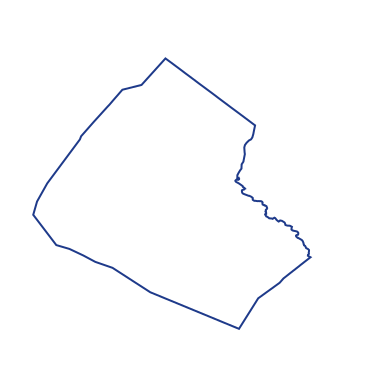 San Sebastián Teitipac, Oaxaca, Mexico (Equal Earth projection), rotated 296°
{"feature_id": "50627088B95051750999200", "entity_name": "San Sebastián Teitipac", "entity_type": "district", "adm_level": 2, "iso_a3": "MEX", "parent_name": "Mexico", "parent_adm1": "Oaxaca", "projection": "equal_earth", "projection_center": [-96.625, 16.948], "detail": "fine", "context": "isolated", "style": "outline", "palette": "blue", "viewbox_px": 384, "rotation_deg": 296, "n_neighbors": 0, "source": "geoboundaries", "source_scale": "gbopen_adm2", "svg_char_len": 3061}
<svg xmlns="http://www.w3.org/2000/svg" viewBox="0 0 384 384"><g transform="rotate(296 192 192)"><path d="M300.4,109.6L266.1,99.7L253.4,84.6L239.6,80.9L234.2,79.5L232.0,78.8L231.0,78.5L212.1,73.0L193.5,67.9L190.1,68.2L136.3,58.1L115.5,56.9L101.9,59.3L84.8,93.3L87.1,106.8L87.3,122.3L86.8,135.7L89.0,153.8L83.6,198.4L88.6,278.2L89.6,294.2L125.5,298.1L148.9,310.6L154.4,312.1L162.1,315.8L164.7,317.1L165.2,317.3L165.4,317.4L166.0,317.7L166.9,318.2L168.2,318.8L168.9,319.1L169.6,319.5L169.9,319.6L171.3,320.3L171.5,320.4L172.3,320.8L172.6,320.9L172.8,321.0L173.2,321.2L173.7,321.4L173.9,321.5L175.7,322.4L176.9,323.0L177.0,323.0L177.3,323.2L177.8,323.4L178.8,323.9L179.2,324.1L179.8,324.4L180.4,324.7L181.1,325.0L181.4,325.2L181.8,325.4L182.9,325.9L183.2,326.0L183.3,326.1L183.6,326.3L183.8,326.3L184.0,326.4L184.0,326.5L184.3,326.6L185.3,327.1L185.5,324.1L186.4,323.8L186.7,324.0L187.4,324.2L188.1,324.0L188.4,323.6L189.8,323.2L190.6,322.9L191.2,322.5L191.6,321.1L191.6,319.2L191.8,319.0L193.1,317.4L193.2,316.1L193.7,315.8L193.9,315.4L194.4,314.9L194.8,314.8L195.8,313.7L196.3,313.2L197.0,311.7L197.3,307.2L197.1,307.0L197.7,305.1L198.5,304.6L199.1,304.9L199.5,305.3L200.1,306.0L201.0,305.9L202.1,305.2L202.5,303.8L202.5,303.6L202.4,303.1L202.2,302.2L202.0,301.4L201.8,300.7L201.7,300.3L201.7,299.9L201.5,299.2L201.8,298.0L202.1,297.7L202.6,297.6L203.2,297.3L204.5,297.1L204.6,295.1L204.4,294.2L203.6,292.5L203.3,290.5L203.5,290.2L204.0,289.9L204.8,289.1L205.2,288.4L205.5,285.5L205.1,283.8L204.7,283.4L204.2,283.4L203.4,282.8L203.5,282.2L203.8,281.0L204.0,280.2L205.0,278.3L205.0,277.3L203.2,276.2L203.2,275.5L202.2,272.9L202.5,271.9L202.7,270.1L202.6,269.5L203.5,268.1L203.8,267.6L204.3,267.6L204.3,268.1L204.8,268.3L206.2,267.5L206.5,267.2L206.6,266.7L206.9,266.7L207.3,266.8L207.7,266.5L208.0,266.2L208.4,266.2L208.7,266.4L209.1,266.5L209.4,266.7L209.9,266.6L210.4,266.4L210.6,266.5L211.9,265.1L211.9,264.6L212.0,263.3L211.7,263.3L211.7,261.0L212.0,260.7L212.5,260.5L212.9,260.1L213.6,260.0L214.0,259.3L214.0,257.9L213.4,256.9L213.3,256.3L212.6,255.1L212.4,254.6L212.2,253.9L211.9,252.9L211.5,252.0L211.4,251.8L211.6,250.1L211.9,249.9L212.4,249.5L213.1,249.4L213.3,249.2L213.7,247.6L213.7,247.2L213.7,245.1L213.4,244.5L213.0,240.0L212.9,238.9L213.1,237.9L213.4,237.5L213.8,237.0L214.2,236.7L214.5,236.6L214.9,236.4L215.2,236.2L215.6,236.2L216.0,236.5L217.0,237.6L217.2,237.8L217.5,237.9L218.1,237.9L218.3,238.1L218.6,237.4L218.9,235.5L219.3,235.2L219.5,235.0L219.8,233.4L220.3,230.2L220.4,227.3L220.5,226.9L220.8,226.3L221.3,226.0L222.8,226.6L222.9,227.4L223.2,228.2L224.1,228.7L224.5,228.6L225.2,227.8L224.8,227.4L224.4,226.6L227.0,225.4L230.0,225.5L231.8,225.7L232.2,225.7L234.7,226.2L238.6,224.5L241.9,224.9L242.1,224.8L249.2,222.9L250.7,221.9L252.1,221.1L254.9,219.5L257.4,219.0L260.2,219.5L263.3,220.6L265.2,222.0L267.5,222.3L271.0,221.7L273.9,220.9L279.5,219.5L280.4,214.9L283.5,198.7L285.0,190.6L288.1,174.4L289.7,166.3L290.9,159.8L292.7,150.1L294.3,141.9L295.8,133.9L297.4,125.8L300.4,109.6Z" fill="none" stroke="#1e3a8a" stroke-width="2"/></g></svg>